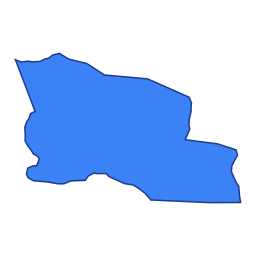 Lagoa, Paraíba, Brazil
{"feature_id": "56859067B59485240608457", "entity_name": "Lagoa", "entity_type": "district", "adm_level": 2, "iso_a3": "BRA", "parent_name": "Brazil", "parent_adm1": "Paraíba", "projection": "robinson", "projection_center": [-37.9, -6.583], "detail": "fine", "context": "isolated", "style": "filled", "palette": "blue", "viewbox_px": 256, "rotation_deg": 0, "n_neighbors": 0, "source": "geoboundaries", "source_scale": "gbopen_adm2", "svg_char_len": 927}
<svg xmlns="http://www.w3.org/2000/svg" viewBox="0 0 256 256"><path d="M15.4,59.7L24.8,84.3L35.1,111.4L30.5,113.6L29.0,118.4L26.6,121.8L24.8,127.3L25.3,135.8L25.1,140.9L27.6,145.5L31.5,150.8L33.7,154.2L36.7,155.6L39.4,158.6L36.7,165.7L32.3,166.1L27.8,168.1L26.4,174.0L28.2,177.8L33.7,180.8L47.2,181.9L57.9,183.8L63.8,183.8L70.7,181.0L77.8,180.6L85.3,180.4L88.1,176.2L93.5,173.2L98.2,173.6L106.1,173.6L109.1,176.6L124.9,183.7L132.8,184.8L138.2,188.1L145.1,193.3L150.9,200.0L169.3,200.8L209.2,202.6L240.6,202.5L239.5,195.6L238.7,186.1L236.2,182.6L233.7,177.0L231.4,171.6L231.9,165.7L234.7,160.2L237.5,155.4L236.1,149.9L217.7,143.9L185.2,139.7L189.8,129.1L189.0,125.3L189.2,119.5L191.1,111.1L191.0,107.0L191.5,103.1L189.2,97.3L179.1,92.8L147.6,78.9L104.5,75.0L86.7,63.5L68.7,59.1L59.5,53.4L52.7,55.0L48.6,58.2L44.9,59.0L40.4,61.3L33.0,61.9L27.6,61.2L21.4,62.1L15.4,59.7Z" fill="#3b82f6" stroke="#1e3a8a" stroke-width="1.5"/></svg>